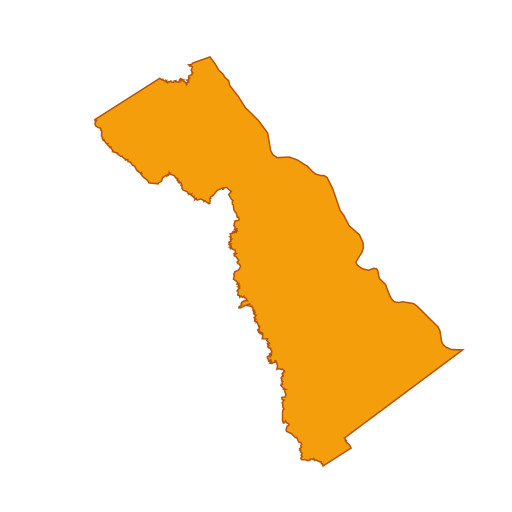 San Javier, Santa Fe, Argentina (Natural Earth projection), rotated 317°
{"feature_id": "61730980B70528593712709", "entity_name": "San Javier", "entity_type": "district", "adm_level": 2, "iso_a3": "ARG", "parent_name": "Argentina", "parent_adm1": "Santa Fe", "projection": "natural_earth1", "projection_center": [-60.274, -30.036], "detail": "fine", "context": "isolated", "style": "filled", "palette": "amber", "viewbox_px": 512, "rotation_deg": 317, "n_neighbors": 0, "source": "geoboundaries", "source_scale": "gbopen_adm2", "svg_char_len": 6080}
<svg xmlns="http://www.w3.org/2000/svg" viewBox="0 0 512 512"><g transform="rotate(317 256 256)"><path d="M231.6,46.4L231.8,46.9L230.7,47.2L231.7,48.0L228.6,49.2L227.5,51.3L228.3,54.7L229.4,56.2L229.3,57.4L228.2,58.0L228.4,59.3L224.7,63.0L224.6,64.7L223.6,65.4L223.4,66.4L224.1,67.0L223.2,67.4L223.8,67.9L223.2,71.9L224.1,72.7L223.5,72.7L223.1,74.7L224.0,76.9L223.1,77.1L223.9,77.9L223.2,79.6L223.4,81.3L222.2,81.8L224.8,86.1L224.2,86.5L225.1,90.8L226.2,91.9L225.8,92.6L226.6,96.6L225.4,96.5L228.1,98.1L226.7,99.7L228.1,101.3L227.7,105.7L228.5,107.5L227.2,112.1L227.4,113.3L228.2,112.9L227.4,113.8L227.9,116.1L228.9,116.6L227.9,117.3L228.5,117.8L227.7,117.9L227.4,121.2L228.3,126.7L227.5,129.5L233.6,136.5L234.2,135.9L237.7,136.9L241.1,135.0L245.1,135.6L245.1,136.8L246.7,136.2L246.9,137.2L248.2,137.0L248.1,136.2L248.6,137.0L249.5,135.8L249.5,138.3L251.0,141.6L250.6,144.4L251.2,145.1L250.4,146.2L251.2,146.4L249.9,147.4L250.6,148.7L249.6,149.1L250.2,150.0L250.6,149.5L250.7,149.8L249.8,150.3L251.1,151.2L250.7,152.4L249.4,153.1L250.0,153.9L248.0,155.9L247.6,157.8L249.5,162.0L248.9,165.2L250.2,165.1L250.2,167.0L250.9,167.0L249.9,167.7L250.6,168.7L250.3,170.3L251.1,170.4L250.5,171.3L250.7,172.7L249.8,173.1L251.4,173.3L250.8,173.9L251.2,175.0L254.6,176.8L255.7,180.0L255.1,180.6L256.3,180.9L257.1,185.6L258.2,185.9L258.0,185.1L259.9,184.6L261.2,182.5L262.2,183.0L262.9,181.7L265.2,182.5L272.5,181.6L278.2,183.6L277.2,184.5L277.7,185.0L279.3,184.6L281.3,185.7L281.9,192.0L278.0,192.4L276.7,197.8L277.0,199.8L275.9,199.9L274.0,202.0L274.2,203.2L271.4,206.9L270.7,209.6L271.1,210.7L268.6,215.0L269.7,215.9L268.4,217.8L267.5,218.1L264.6,216.0L260.5,218.7L260.6,220.3L259.3,221.6L260.1,222.4L258.5,222.1L258.9,223.3L260.0,223.2L259.6,224.4L259.4,223.8L258.3,224.6L257.6,223.8L257.5,224.5L257.0,223.5L256.7,224.5L255.6,223.9L255.8,222.9L254.7,223.1L254.9,223.8L254.6,223.1L254.7,222.7L253.8,223.2L252.3,222.1L251.0,224.6L249.9,224.1L250.3,225.6L248.9,226.2L249.6,227.0L248.3,226.8L247.9,228.0L245.5,227.4L245.1,228.3L246.0,230.0L244.1,229.4L244.7,231.2L243.0,231.4L244.2,232.5L243.6,233.1L242.6,232.5L242.2,233.3L243.6,234.3L243.8,236.0L244.9,236.9L243.2,239.9L242.3,239.5L243.1,240.8L240.9,240.2L240.2,240.8L241.0,243.1L240.3,247.3L241.0,247.5L237.9,247.6L237.6,249.5L238.3,250.6L237.6,253.2L233.7,254.4L229.7,253.1L227.2,254.2L226.9,255.5L223.7,257.5L224.8,262.6L223.7,263.1L224.4,263.8L223.2,264.0L224.2,264.8L222.7,265.8L223.6,266.2L222.8,266.7L224.1,266.6L222.8,267.1L222.0,266.6L222.5,267.8L221.6,268.7L221.1,268.0L218.3,268.6L218.7,269.6L218.0,270.7L216.0,272.3L217.0,273.2L216.0,275.1L217.9,275.0L217.7,276.9L219.8,277.2L219.1,278.6L219.9,279.8L219.2,282.8L217.0,280.5L216.2,281.0L214.4,280.1L212.5,280.8L212.3,281.8L208.7,281.6L208.1,282.4L209.7,283.6L214.5,284.8L216.4,287.0L216.6,285.9L218.7,286.7L217.4,288.8L218.7,289.7L218.0,290.2L218.7,291.3L216.7,293.8L217.5,294.4L216.5,294.9L217.2,295.4L215.7,296.0L216.4,296.6L215.0,296.9L215.7,298.5L214.7,299.1L215.3,299.6L212.9,300.0L213.4,300.8L212.6,300.2L212.7,301.5L211.9,300.6L212.5,301.6L211.7,302.1L212.3,302.6L211.3,302.1L210.6,303.0L211.6,304.3L210.8,304.8L211.7,305.2L210.1,308.9L210.6,309.4L209.8,309.7L210.3,310.3L208.3,311.7L207.3,311.0L206.6,311.7L207.3,312.2L206.0,313.3L206.0,314.6L207.1,314.2L206.7,315.2L207.6,314.9L206.5,315.4L206.7,316.5L207.6,315.6L208.3,316.7L206.7,318.9L204.1,320.7L207.9,324.5L206.2,325.1L206.3,328.8L204.6,327.8L204.0,328.9L204.7,330.2L202.7,330.3L202.5,331.8L203.8,333.3L202.9,334.3L202.8,336.0L201.5,337.4L199.1,336.8L198.8,337.6L200.2,338.5L199.4,339.3L197.7,339.3L198.1,338.0L195.6,337.4L194.5,338.8L195.0,339.8L193.5,341.2L193.9,342.4L196.1,342.1L195.6,343.2L195.0,343.5L194.8,342.7L194.1,344.0L193.2,343.9L194.1,345.2L197.7,346.7L199.0,344.9L198.6,345.6L199.1,346.2L197.0,350.9L194.0,353.1L195.5,353.5L197.4,356.5L198.1,356.4L198.5,359.0L198.0,360.3L197.2,359.6L195.6,360.4L196.1,360.9L195.2,360.4L195.2,359.8L194.6,360.1L194.4,362.0L193.7,362.5L193.2,361.8L191.1,362.3L191.3,363.0L189.7,364.5L190.0,366.0L189.2,365.8L187.9,367.9L187.1,366.9L185.9,367.6L186.1,371.4L185.2,371.9L186.7,373.8L185.3,373.3L183.4,377.7L181.1,379.1L178.9,377.1L178.0,377.2L177.2,379.1L178.4,380.6L174.8,381.3L174.8,382.4L172.5,384.8L172.1,387.1L171.1,386.8L169.0,388.2L163.4,394.1L162.1,396.8L162.8,397.3L165.1,396.6L164.6,399.1L165.5,400.9L164.9,402.1L162.5,401.8L159.5,403.6L158.7,405.1L160.8,410.1L161.0,415.8L162.1,416.4L160.4,421.2L161.6,423.6L160.7,425.1L159.5,425.1L158.7,427.0L156.6,426.6L156.5,427.7L155.7,427.7L156.2,428.5L154.9,429.5L155.3,431.5L152.9,432.7L153.2,434.0L150.8,434.4L150.5,436.3L152.8,438.1L154.5,441.2L156.1,442.1L157.4,441.5L159.3,443.8L160.1,443.6L159.3,445.4L160.9,446.4L162.2,449.9L163.3,450.8L162.1,452.5L162.9,453.2L161.8,455.3L194.5,461.3L195.5,458.3L195.0,453.8L196.2,452.9L195.4,452.0L196.4,451.5L196.4,449.4L343.1,465.6L334.9,457.4L332.8,452.2L332.3,448.2L333.6,444.9L339.4,436.3L340.7,432.5L339.6,402.3L338.7,398.1L332.0,389.5L328.4,387.2L325.9,383.9L325.9,379.3L327.1,375.3L331.3,365.1L330.9,356.6L335.1,349.6L335.4,347.6L334.0,345.5L328.5,343.1L325.0,337.7L323.8,331.5L325.0,328.5L336.3,325.4L340.3,323.1L343.3,319.3L346.1,311.1L344.7,297.4L347.9,286.3L348.6,280.1L358.1,258.9L361.5,247.1L360.6,243.5L358.1,241.1L355.7,237.1L354.9,233.3L354.8,225.6L351.7,213.9L347.8,206.3L338.5,198.4L337.4,193.3L338.5,189.1L348.4,174.0L350.2,158.5L349.4,140.3L351.8,127.5L353.1,113.4L355.6,109.1L355.0,104.2L355.9,101.0L355.6,94.4L357.1,87.9L358.1,79.0L341.9,71.9L339.0,71.8L337.1,70.3L337.1,72.2L338.1,72.3L338.5,74.4L335.3,75.9L334.8,78.6L334.4,78.1L332.9,79.7L330.1,78.5L329.1,79.1L328.9,80.3L328.3,79.7L326.9,81.4L325.4,80.2L325.6,82.8L324.1,82.3L322.1,83.3L322.9,81.1L322.4,79.2L323.3,78.0L322.3,77.8L322.7,76.6L321.8,74.8L320.5,75.0L320.9,75.8L320.8,76.2L320.6,75.7L319.5,76.5L319.3,75.7L318.0,76.3L315.9,73.3L316.8,73.0L315.6,72.2L314.1,72.9L313.0,71.2L313.2,70.0L311.2,69.5L310.8,68.6L309.5,69.0L308.9,67.9L310.2,66.8L309.4,66.7L309.5,65.7L308.7,65.8L308.0,64.3L308.4,63.1L307.2,62.8L306.8,60.4L231.6,46.4Z" fill="#f59e0b" stroke="#b45309" stroke-width="1.5"/></g></svg>